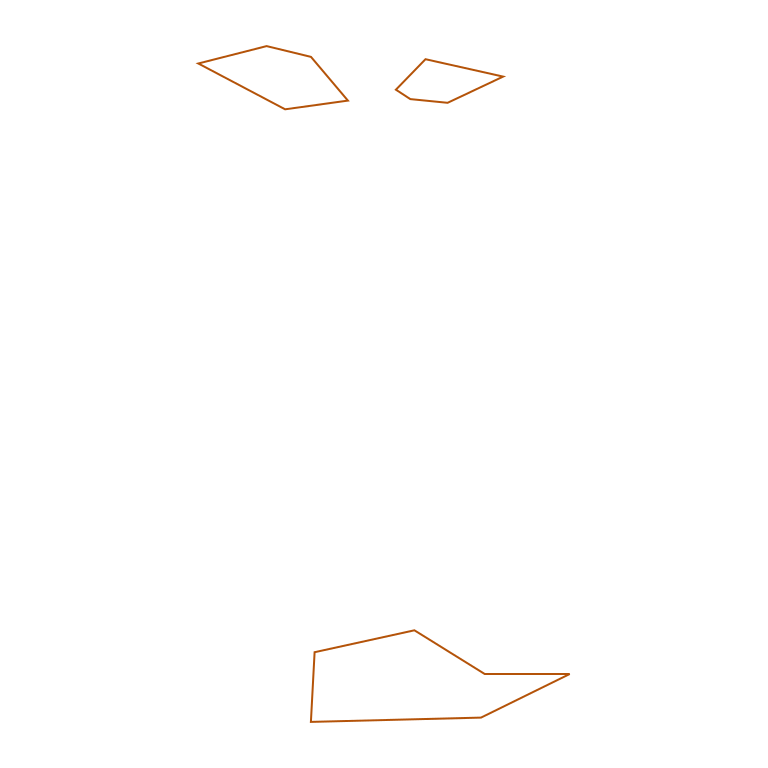 outline of United States Virgin Islands
{"feature_id": "VIR", "entity_name": "United States Virgin Islands", "entity_type": "country or territory", "adm_level": 0, "iso_a3": "VIR", "parent_name": "North America", "parent_adm1": "", "projection": "natural_earth1", "projection_center": [-64.793, 18.043], "detail": "fine", "context": "isolated", "style": "outline", "palette": "amber", "viewbox_px": 768, "rotation_deg": 0, "n_neighbors": 0, "source": "natural_earth", "source_scale": "50m", "svg_char_len": 349}
<svg xmlns="http://www.w3.org/2000/svg" viewBox="0 0 768 768"><path d="M414.4,630.3L484.7,674.0L569.7,674.0L481.0,717.6L310.9,721.9L314.6,652.2L414.4,630.3ZM347.9,100.6L285.1,109.3L198.3,63.5L266.6,46.1L311.0,56.9L347.9,100.6ZM503.1,76.6L447.6,102.8L410.3,99.1L395.9,89.7L425.5,59.2L503.1,76.6Z" fill="none" stroke="#b45309" stroke-width="2"/></svg>